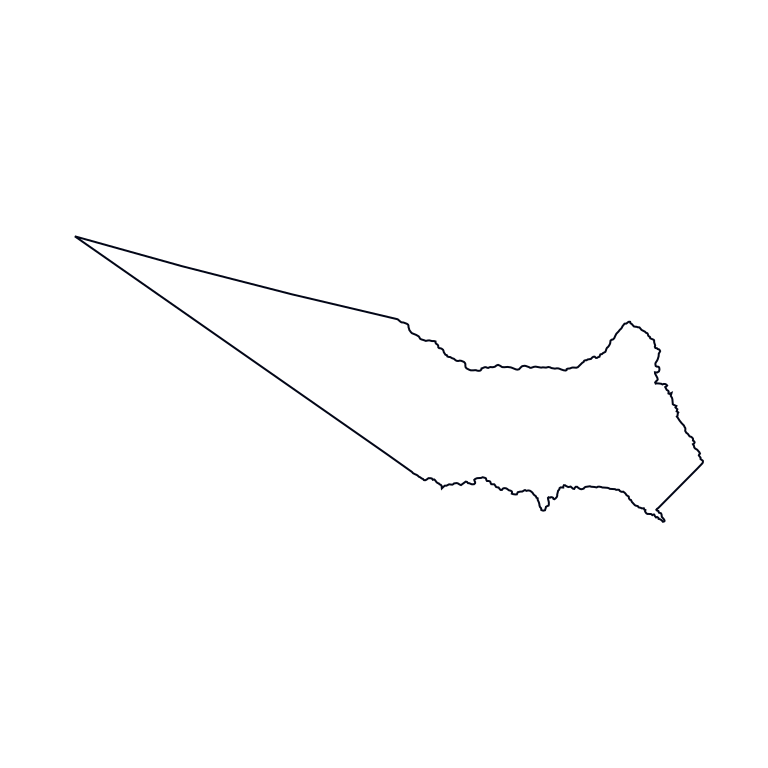 outline of Maara, Eastern, Kenya, rotated 8°
{"feature_id": "3690345B56364567140536", "entity_name": "Maara", "entity_type": "district", "adm_level": 2, "iso_a3": "KEN", "parent_name": "Kenya", "parent_adm1": "Eastern", "projection": "albers", "projection_center": [37.725, -0.234], "detail": "fine", "context": "isolated", "style": "outline", "palette": "ink", "viewbox_px": 768, "rotation_deg": 8, "n_neighbors": 0, "source": "geoboundaries", "source_scale": "gbopen_adm2", "svg_char_len": 6163}
<svg xmlns="http://www.w3.org/2000/svg" viewBox="0 0 768 768"><g transform="rotate(8 384 384)"><path d="M650.1,327.1L649.9,325.7L650.3,324.6L651.1,323.0L651.6,321.5L652.1,318.4L651.9,315.6L652.5,314.3L652.9,313.0L652.3,312.1L651.4,311.4L650.1,311.3L649.3,310.6L647.8,310.6L647.0,309.5L647.2,308.1L645.9,305.5L645.6,304.4L645.5,303.5L645.0,302.7L641.3,301.7L640.7,300.3L639.4,299.8L638.8,299.1L638.4,298.0L637.7,297.1L636.3,296.8L635.2,295.9L631.5,294.6L629.1,292.4L627.4,292.5L626.2,292.2L624.9,292.3L623.4,292.2L621.1,290.2L619.6,289.5L619.1,288.2L618.0,288.2L617.2,288.7L615.6,290.4L613.8,290.8L612.0,293.9L611.8,294.9L611.1,296.2L610.0,297.5L609.0,299.3L607.1,301.9L606.2,304.5L605.7,306.4L605.0,307.5L604.3,308.2L603.3,308.4L602.3,309.5L602.3,312.4L602.0,313.4L601.5,314.7L600.8,316.0L599.8,317.1L599.3,318.5L599.1,320.0L598.7,321.4L596.6,322.9L595.6,324.1L594.2,324.5L593.8,325.6L593.6,327.0L592.2,327.7L591.3,328.5L590.3,328.7L588.8,327.6L587.5,327.9L586.5,328.8L585.4,330.4L582.2,331.4L581.3,332.3L580.0,332.5L579.0,333.1L578.6,334.4L577.4,335.4L573.6,340.4L572.2,341.1L568.6,341.4L567.5,341.8L566.0,342.7L563.6,343.3L562.8,343.9L562.8,344.9L561.9,345.4L559.9,345.4L557.2,344.9L555.8,344.5L554.5,344.3L553.0,344.4L551.1,345.0L547.6,344.9L546.2,344.4L544.4,344.3L542.2,345.2L538.9,345.4L537.8,345.8L536.7,345.9L531.8,345.7L530.2,346.1L527.4,347.5L526.4,347.6L525.2,347.1L521.8,346.4L520.6,346.4L518.4,347.1L517.2,348.4L515.7,350.6L514.2,351.2L512.7,351.2L508.3,350.1L507.2,349.9L505.3,349.9L504.0,349.9L500.9,350.6L499.0,350.8L498.0,350.6L497.2,350.1L495.9,349.6L494.3,349.2L492.8,350.0L491.6,351.3L490.4,351.9L489.1,352.3L487.0,352.4L486.1,352.8L484.9,353.6L483.7,353.5L482.7,353.2L481.6,353.3L480.4,353.9L479.5,354.5L478.4,355.0L478.4,356.0L477.8,357.0L477.1,357.5L475.8,357.8L474.4,357.8L473.1,357.5L471.5,357.8L470.3,358.1L468.1,358.4L466.3,358.0L463.5,357.0L462.4,355.9L462.0,354.4L461.8,352.9L461.2,351.9L460.1,351.0L457.3,350.3L455.7,350.3L454.7,350.8L453.2,351.0L451.7,350.6L449.7,349.3L447.9,349.0L445.8,348.1L444.5,348.2L442.9,347.9L442.2,346.7L440.8,346.5L438.8,344.2L438.4,343.1L437.7,341.9L436.3,341.1L435.3,340.8L433.6,340.8L432.7,340.2L432.4,338.7L431.6,337.6L430.2,337.0L429.3,336.0L429.1,334.7L427.5,334.5L425.5,334.8L422.8,334.5L421.4,334.8L419.4,335.5L417.7,335.1L414.6,334.6L413.4,334.1L412.6,332.9L411.7,332.0L409.0,330.9L404.6,329.8L403.4,328.9L401.5,326.9L401.2,326.0L400.4,324.4L400.1,322.8L399.6,321.9L398.3,321.2L394.8,320.4L392.7,320.5L391.6,320.0L388.5,318.0L280.2,308.0L167.1,295.4L57.3,280.8L396.3,452.9L423.9,467.2L425.2,468.3L427.8,469.2L428.8,469.4L430.1,470.0L431.5,471.0L432.7,471.3L434.5,472.3L435.8,472.6L436.9,473.6L438.1,473.6L439.3,472.9L441.1,471.1L443.1,470.8L444.5,470.9L445.7,472.1L446.8,471.5L447.9,472.1L449.8,474.0L450.9,474.6L452.2,474.9L452.9,475.6L454.2,475.9L455.2,476.8L455.8,479.3L457.3,477.4L458.4,476.2L460.0,476.0L462.4,474.3L465.6,474.2L466.6,473.5L467.2,472.7L469.7,472.0L470.9,472.1L472.9,473.0L474.3,473.4L478.5,469.3L479.8,469.4L481.0,470.5L482.4,470.4L483.6,470.8L485.1,471.1L487.1,470.7L488.0,469.6L487.9,468.4L487.3,467.6L486.7,466.4L487.6,465.3L489.3,464.3L493.2,463.5L494.7,462.6L497.1,462.9L498.1,463.3L498.7,464.8L499.4,465.7L501.1,465.5L502.4,465.7L503.1,466.4L503.4,467.3L504.2,468.3L507.2,468.0L508.3,469.1L509.2,470.3L510.7,470.6L511.8,470.5L513.4,472.1L514.2,472.7L515.5,472.5L516.2,471.1L517.4,470.4L519.2,470.3L520.2,470.6L522.6,471.9L524.2,472.0L525.4,472.5L525.9,473.3L525.8,474.8L527.1,475.1L529.4,475.1L530.9,474.8L531.5,472.6L533.6,471.7L536.0,471.2L537.4,470.0L538.4,469.4L539.9,470.0L541.1,469.5L542.1,469.3L543.4,469.4L544.9,470.1L546.2,471.0L547.7,472.7L550.1,474.1L550.8,475.4L552.1,475.8L552.3,477.3L553.8,479.6L554.5,481.2L554.9,482.7L555.6,484.1L556.9,485.2L557.3,486.9L558.6,487.2L559.6,487.2L561.0,486.6L561.4,484.3L561.5,483.1L562.6,482.2L563.9,481.5L564.0,480.4L563.7,478.1L562.6,475.4L562.2,474.0L562.8,473.2L564.2,473.5L565.1,472.8L566.1,472.8L567.2,473.1L567.8,474.2L568.7,474.4L569.8,473.4L570.8,471.9L571.1,470.5L570.9,469.4L571.3,465.4L572.2,464.2L572.4,462.6L573.3,461.8L575.9,461.6L575.8,460.6L576.2,459.2L577.5,459.1L578.5,459.7L580.8,460.4L581.8,460.1L583.1,459.6L585.8,461.4L587.0,461.4L587.4,460.2L588.2,459.1L589.5,458.9L590.7,459.7L591.9,460.3L593.0,460.7L594.3,460.7L596.3,459.8L596.8,458.8L597.8,457.9L602.2,456.6L603.4,456.9L606.5,456.7L609.0,456.8L610.0,456.0L611.3,455.7L613.5,455.8L614.6,456.1L616.7,455.9L619.8,455.7L621.1,455.9L622.2,456.4L627.4,456.0L628.6,456.5L630.4,456.1L631.5,456.1L632.3,457.0L633.4,457.5L634.7,457.7L635.8,457.3L637.3,458.1L638.5,459.0L639.6,460.3L642.0,461.4L642.5,463.2L643.5,464.3L644.7,464.5L645.9,466.3L649.2,469.0L650.1,469.4L652.3,469.6L653.3,470.7L655.5,470.9L656.7,471.3L658.6,470.9L659.2,472.1L660.4,472.4L660.3,473.9L661.1,474.9L661.9,475.6L662.9,476.0L666.5,475.6L668.0,476.5L668.8,475.8L669.8,475.7L670.6,477.1L672.0,478.3L672.9,477.7L674.3,478.3L674.7,479.4L676.1,479.5L677.3,480.0L678.4,480.7L679.3,481.6L680.3,481.3L680.9,480.5L680.5,479.6L679.6,478.6L677.6,476.9L677.0,474.6L676.3,473.5L674.1,473.1L673.4,471.6L671.9,471.3L671.2,470.7L671.7,469.7L672.9,468.6L705.8,424.5L710.4,418.1L710.7,416.8L710.4,415.6L707.9,414.3L707.7,412.9L705.7,410.9L705.9,409.9L706.6,409.0L705.9,407.8L703.3,405.5L701.1,404.6L700.1,403.7L699.6,402.2L698.3,400.6L699.4,399.7L699.7,398.4L698.8,397.4L697.8,397.0L697.8,396.0L697.5,395.0L696.6,394.2L695.6,393.6L693.9,393.3L691.8,391.1L690.1,390.2L688.8,388.5L688.7,386.5L688.4,385.6L687.5,384.6L686.8,383.4L684.2,381.4L681.7,379.0L679.4,376.3L678.5,375.5L679.1,374.6L679.0,372.3L679.4,371.2L678.5,370.7L677.6,370.4L677.8,369.4L678.0,368.2L675.9,366.7L676.6,365.1L673.7,364.3L672.8,363.8L671.7,359.0L671.1,357.6L669.6,355.8L670.0,352.8L668.0,354.1L667.0,353.8L666.9,351.8L666.3,351.1L664.8,350.5L662.9,347.9L664.0,347.0L664.6,346.1L663.7,345.3L662.5,344.9L661.0,345.0L659.8,345.7L658.6,345.2L656.4,345.2L654.0,345.4L653.0,345.8L652.3,344.7L653.0,343.5L654.0,342.4L654.4,341.5L653.9,340.0L651.0,336.0L650.7,334.7L652.9,334.6L654.5,333.3L654.8,331.6L654.5,330.2L654.1,329.2L653.1,328.7L651.6,328.8L650.6,328.4L650.1,327.1Z" fill="none" stroke="#020617" stroke-width="2"/></g></svg>